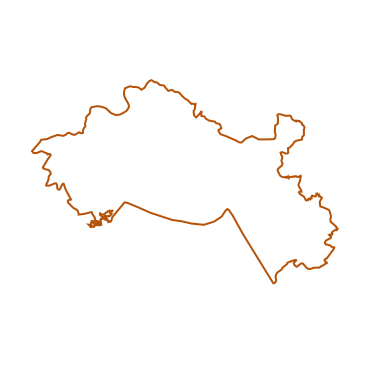 Pweto, Katanga, Democratic Republic of the Congo, rotated 65°
{"feature_id": "63176286B50481715267247", "entity_name": "Pweto", "entity_type": "district", "adm_level": 2, "iso_a3": "COD", "parent_name": "Democratic Republic of the Congo", "parent_adm1": "Katanga", "projection": "orthographic", "projection_center": [28.595, -8.698], "detail": "fine", "context": "isolated", "style": "outline", "palette": "amber", "viewbox_px": 384, "rotation_deg": 65, "n_neighbors": 0, "source": "geoboundaries", "source_scale": "gbopen_adm2", "svg_char_len": 5927}
<svg xmlns="http://www.w3.org/2000/svg" viewBox="0 0 384 384"><g transform="rotate(65 192 192)"><path d="M184.5,278.2L184.1,277.4L181.2,275.0L172.9,257.5L174.4,255.3L182.2,248.1L193.2,238.5L209.1,221.6L214.2,213.7L220.3,205.9L226.7,195.2L228.2,184.6L226.8,175.5L222.7,168.8L222.4,167.1L223.9,166.2L230.3,165.1L251.8,163.6L309.1,156.9L309.4,155.8L308.7,153.9L307.3,152.8L304.9,152.4L303.1,151.4L301.6,149.7L300.9,148.1L300.2,143.6L298.8,141.8L297.6,136.7L296.5,135.6L296.6,130.7L297.4,126.7L298.0,126.5L299.4,129.9L301.4,130.0L303.6,129.1L304.1,128.4L302.9,123.8L303.1,122.5L304.1,121.5L305.3,121.4L307.1,120.6L308.4,120.6L309.6,119.7L310.8,119.3L311.6,117.7L312.1,115.3L311.9,114.4L313.3,110.6L314.1,109.4L314.3,107.7L313.7,106.0L314.0,104.7L313.4,101.8L312.9,101.1L313.6,100.5L313.6,100.1L313.3,99.7L312.4,99.9L310.4,100.9L309.3,100.3L309.0,97.6L304.8,90.0L304.1,88.3L303.4,87.7L303.0,86.9L302.3,86.5L301.5,87.9L300.9,88.5L298.6,89.4L298.3,90.2L297.1,91.3L296.4,92.6L294.7,93.2L293.5,92.6L292.6,91.1L292.3,85.6L291.2,84.9L288.8,85.8L288.9,85.0L289.9,83.3L289.3,82.4L288.2,82.6L287.5,81.7L286.9,78.6L287.8,77.0L287.0,75.6L286.6,75.5L285.9,76.2L285.2,76.4L284.4,75.9L277.5,78.9L275.0,78.1L273.6,76.8L272.3,76.2L267.3,75.4L266.1,75.5L261.6,79.4L259.3,81.8L255.1,80.5L253.9,79.2L252.3,76.7L251.7,76.8L250.6,77.9L249.4,77.9L249.3,78.7L247.9,78.1L247.7,78.9L246.2,79.2L246.0,80.1L247.3,80.6L248.2,81.6L247.7,83.0L246.4,84.0L246.1,84.8L246.7,85.2L246.9,85.9L247.8,86.0L247.7,86.6L248.3,86.7L248.2,87.4L248.6,87.8L247.6,88.4L247.4,88.9L247.5,89.4L247.9,89.2L248.2,89.6L247.7,89.7L247.7,90.3L248.0,90.4L248.1,91.8L247.6,92.3L244.2,92.4L243.0,92.8L239.4,95.1L237.6,95.2L237.1,94.8L238.0,92.7L236.7,92.4L231.6,92.7L230.2,92.4L228.1,89.9L223.9,86.8L223.2,86.7L223.1,87.4L223.7,88.2L223.2,89.6L222.4,90.2L222.3,90.9L221.6,91.2L221.3,91.9L221.5,92.6L220.8,93.1L220.6,95.2L219.6,96.8L219.8,97.7L219.5,98.2L220.2,98.6L219.2,99.1L218.8,98.9L219.2,99.7L218.7,100.0L218.5,99.7L218.2,99.9L217.9,100.5L218.3,101.0L217.9,101.2L217.3,103.0L215.9,104.4L214.4,105.2L209.7,105.4L208.3,105.1L207.4,104.4L205.9,99.2L204.6,97.9L202.1,97.9L201.4,97.7L199.5,96.0L197.8,95.1L196.4,95.5L193.7,95.1L194.0,93.3L196.8,90.7L197.4,89.4L197.2,88.2L192.8,86.5L193.1,85.2L192.3,82.8L191.5,80.7L189.7,77.7L189.8,74.9L190.9,70.1L188.5,68.7L188.2,67.2L187.4,66.3L186.5,66.1L184.7,65.0L183.5,64.7L180.8,62.6L177.7,63.2L177.4,63.7L175.8,63.3L174.3,64.3L173.4,64.4L172.8,64.8L172.7,65.6L171.7,66.6L171.6,66.9L172.2,67.7L171.9,68.0L171.1,68.1L170.4,69.4L168.1,70.5L164.7,70.4L164.0,71.2L162.8,74.6L159.3,78.5L157.9,81.0L158.5,82.3L160.6,82.5L166.2,85.2L167.0,88.6L171.6,91.1L173.2,91.7L175.5,92.0L178.2,93.8L178.7,95.0L178.2,96.8L172.7,109.1L166.7,113.8L166.3,120.1L166.9,122.8L167.7,124.4L168.0,126.5L167.0,128.2L164.2,130.1L155.8,137.5L151.6,141.8L148.0,142.2L147.0,141.8L146.8,138.6L143.2,138.0L141.7,138.6L139.8,141.1L137.7,141.6L136.4,143.8L135.2,145.1L134.8,146.1L131.2,148.6L129.3,148.7L128.4,149.2L127.2,151.3L125.6,150.9L123.5,149.4L123.0,149.9L124.3,151.9L126.2,156.7L124.0,157.6L123.0,157.7L122.2,157.1L120.7,157.0L119.2,156.2L118.1,154.5L116.3,153.2L115.1,152.8L114.5,151.9L113.7,151.5L113.6,152.5L112.1,154.4L112.0,155.2L106.2,157.4L105.5,158.3L100.8,160.4L97.5,161.2L95.5,162.5L94.7,164.3L93.6,165.6L91.5,166.5L90.9,167.3L90.4,170.7L85.5,172.2L84.1,172.2L83.3,172.8L82.3,174.7L81.1,176.1L78.1,177.2L77.2,178.7L76.1,179.8L73.6,181.4L73.4,182.3L73.6,184.5L74.5,186.6L77.5,191.0L77.9,194.6L75.2,196.0L73.9,197.2L72.0,200.8L69.9,203.7L69.7,208.8L71.7,210.7L74.7,212.4L78.1,213.0L84.9,212.4L87.1,212.7L88.9,213.8L90.8,217.0L91.3,221.4L91.3,224.9L89.9,228.8L86.3,232.0L79.8,234.6L76.7,237.8L74.2,241.5L72.7,247.2L73.8,249.1L77.2,251.0L77.9,252.3L78.8,255.2L80.1,256.8L81.5,257.1L84.5,260.0L87.5,260.9L88.3,262.8L89.9,264.7L92.3,265.8L92.1,267.5L90.2,269.0L90.6,273.7L90.2,275.0L88.1,277.1L86.8,277.9L86.0,279.3L86.1,280.6L86.7,281.5L86.8,284.7L83.5,289.8L82.8,296.1L82.8,300.9L80.9,306.7L82.4,308.5L87.3,319.7L89.8,319.1L91.1,316.0L91.2,311.7L92.1,310.2L94.2,308.7L95.2,307.4L95.7,307.1L96.8,307.2L97.3,305.0L98.0,304.5L98.9,304.5L101.5,309.1L106.8,316.9L107.6,316.8L109.6,315.2L111.2,312.8L113.9,311.9L115.9,312.4L117.3,315.1L118.4,316.0L119.8,316.6L122.2,319.1L122.9,320.3L124.5,321.4L125.7,319.2L126.1,317.5L126.1,313.5L126.5,311.7L127.0,311.4L128.5,311.3L131.6,312.5L132.5,312.5L133.6,311.8L133.6,310.5L130.3,306.5L130.0,305.4L130.3,304.8L136.4,305.5L147.7,304.9L147.2,307.9L148.0,308.6L149.5,308.7L156.0,306.4L160.0,303.6L162.3,303.6L164.6,304.3L166.3,298.9L167.7,291.5L169.9,291.6L174.3,290.9L174.7,291.4L176.4,291.4L179.7,292.0L180.0,292.7L179.7,293.3L180.2,293.3L179.8,294.2L178.7,294.0L178.7,294.4L178.4,294.5L177.5,294.0L176.9,294.4L176.7,293.8L176.0,295.3L176.9,295.7L177.2,296.6L178.3,296.7L178.9,297.1L178.9,297.8L179.2,298.1L178.6,298.4L178.0,299.4L179.2,298.9L180.7,298.8L181.2,298.5L181.2,297.8L180.4,297.0L181.5,296.5L182.2,295.7L182.0,295.0L181.1,294.3L181.6,293.2L181.4,292.2L182.0,290.9L181.5,290.4L178.5,290.1L179.2,289.4L180.9,289.2L181.8,289.4L182.6,290.0L181.1,289.4L180.2,289.6L181.5,289.6L182.7,290.7L183.2,289.9L182.6,289.0L183.3,288.1L181.4,287.5L181.9,288.1L180.5,288.8L179.3,288.9L179.7,287.4L178.0,286.2L178.7,284.0L178.2,283.5L177.3,283.8L177.0,284.2L175.8,283.9L174.8,284.7L173.5,285.1L172.5,284.2L172.9,283.9L174.3,283.7L174.9,283.3L174.6,283.0L175.0,280.3L174.3,278.7L174.5,277.7L174.0,276.8L173.9,275.1L174.0,274.6L175.0,273.9L175.0,272.2L175.4,272.0L175.7,272.3L175.4,274.3L175.6,275.1L176.3,275.3L177.5,274.3L177.5,275.6L177.7,275.1L178.4,275.0L179.1,277.3L179.0,277.8L178.2,278.0L178.0,279.8L177.3,280.1L176.9,280.8L177.0,281.8L177.7,281.6L177.5,280.9L178.0,280.9L178.4,281.8L178.9,281.9L179.4,281.5L179.8,282.4L180.4,282.4L181.5,281.1L180.2,281.0L179.8,280.8L179.9,280.4L182.0,280.3L182.6,280.6L183.2,280.2L184.0,280.5L184.1,280.0L183.4,279.8L183.5,279.1L184.5,278.2Z" fill="none" stroke="#b45309" stroke-width="2"/></g></svg>